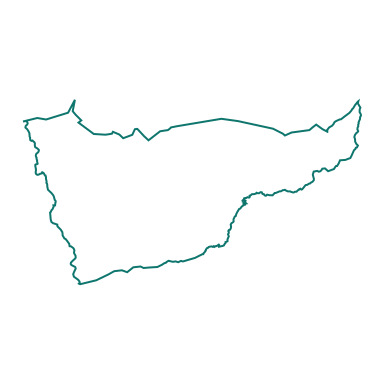 San Pablo Macuiltianguis, Oaxaca, Mexico (Robinson projection)
{"feature_id": "50627088B33728265994200", "entity_name": "San Pablo Macuiltianguis", "entity_type": "district", "adm_level": 2, "iso_a3": "MEX", "parent_name": "Mexico", "parent_adm1": "Oaxaca", "projection": "robinson", "projection_center": [-96.525, 17.517], "detail": "fine", "context": "isolated", "style": "outline", "palette": "teal", "viewbox_px": 384, "rotation_deg": 0, "n_neighbors": 0, "source": "geoboundaries", "source_scale": "gbopen_adm2", "svg_char_len": 5347}
<svg xmlns="http://www.w3.org/2000/svg" viewBox="0 0 384 384"><path d="M78.9,283.6L80.2,284.2L96.2,280.3L108.5,274.4L111.3,272.8L114.2,271.2L121.9,270.3L127.2,272.2L133.3,267.3L140.5,266.5L143.6,268.0L149.3,267.5L157.4,267.0L162.1,264.7L164.1,263.3L166.0,262.7L166.4,262.1L168.5,260.8L172.9,261.8L175.6,261.4L178.2,262.2L181.0,260.9L182.7,261.4L183.1,261.4L195.0,257.9L202.6,254.1L203.3,254.1L203.5,253.3L204.5,252.3L205.2,251.5L205.4,250.6L205.8,250.5L206.0,249.5L206.9,248.2L207.9,247.9L208.5,247.1L209.6,246.7L211.8,246.4L212.9,246.9L213.8,246.2L214.4,246.9L215.6,246.2L216.2,246.0L216.6,246.1L218.8,244.6L219.1,244.9L219.0,246.7L222.7,245.9L223.9,245.4L224.6,244.0L225.5,243.1L225.5,242.1L227.5,241.3L227.5,239.3L228.8,236.3L228.0,234.3L228.7,233.1L228.8,231.8L228.3,231.1L228.9,230.0L230.1,229.7L230.9,228.0L231.1,226.5L230.7,224.6L231.4,223.3L233.3,222.0L233.6,221.5L233.5,219.3L234.8,216.5L235.7,216.1L236.3,214.0L237.4,211.8L238.2,210.6L238.9,209.2L240.3,208.5L241.7,206.6L243.5,205.3L243.5,204.7L244.2,204.7L244.9,204.8L245.3,204.2L245.1,203.9L245.4,203.5L246.2,203.4L245.9,203.1L244.8,202.8L243.9,203.1L243.6,202.9L245.1,202.2L245.6,200.7L245.3,200.4L242.6,200.9L242.5,200.5L243.8,199.5L244.1,198.3L245.3,198.0L246.2,198.0L247.4,197.2L249.0,197.6L249.8,196.8L249.6,195.7L251.0,195.1L251.9,194.2L254.3,194.1L256.1,193.5L256.5,192.8L257.1,193.1L258.9,193.3L259.5,192.9L260.5,192.2L261.8,192.3L262.5,193.9L263.9,194.2L264.4,195.1L265.3,195.7L266.2,195.6L266.8,194.8L267.3,194.7L269.5,195.2L272.6,195.3L274.7,193.0L275.7,193.0L279.7,191.3L280.9,191.3L281.8,190.8L282.7,190.2L283.9,190.1L284.9,189.8L285.9,190.5L287.9,191.4L289.3,191.4L290.2,191.4L290.9,191.8L293.2,192.5L293.9,192.4L294.7,191.8L296.5,191.7L298.1,190.1L298.8,189.9L299.3,189.1L300.4,188.7L301.3,189.6L302.2,189.3L305.6,185.1L307.3,184.8L309.1,183.6L310.2,183.4L310.9,182.6L312.5,181.8L313.8,180.2L313.9,178.9L312.8,174.7L313.7,171.6L317.2,170.9L318.8,171.7L320.4,171.2L321.4,170.2L322.3,168.7L325.0,168.4L328.1,171.2L334.0,169.0L335.3,166.9L336.1,166.0L337.1,166.0L338.8,163.2L340.0,160.3L345.5,159.9L348.2,158.8L350.3,158.1L351.5,155.8L354.0,150.2L355.3,149.1L355.8,147.8L357.0,147.4L357.9,145.5L356.3,143.9L355.2,141.7L355.0,138.9L354.3,137.1L354.9,135.1L356.1,133.3L357.6,132.1L358.2,131.1L357.4,129.4L357.5,128.0L358.3,126.1L358.1,125.1L358.7,123.4L358.5,122.8L359.0,121.3L360.0,119.1L360.1,117.1L361.0,115.5L360.6,113.8L359.6,112.1L359.7,109.4L360.4,107.7L357.8,103.3L358.3,101.3L357.7,101.8L355.0,105.2L353.1,108.4L352.4,108.9L352.1,109.3L351.6,110.2L351.2,110.8L349.4,112.9L345.9,115.5L344.3,116.7L341.0,119.3L339.8,119.4L337.3,120.5L335.5,121.4L334.4,122.3L333.7,123.8L332.3,125.5L331.4,126.2L330.9,126.4L329.2,127.4L327.2,129.9L327.4,130.7L327.3,131.7L322.4,129.1L316.2,124.6L312.8,127.2L309.4,130.1L291.6,132.5L284.9,135.5L282.9,133.7L273.0,128.7L238.0,121.1L221.4,118.8L211.2,120.5L177.7,126.1L175.0,126.6L173.2,127.0L171.0,127.4L170.0,128.5L167.9,130.1L161.7,131.0L160.1,131.3L148.5,140.3L144.1,136.2L137.3,128.9L134.9,129.2L132.3,134.8L123.2,138.2L119.3,134.5L112.9,131.8L111.9,133.7L109.0,134.2L105.4,134.7L93.8,134.0L78.5,122.6L81.3,120.4L75.6,114.7L72.7,111.2L74.9,99.8L68.1,112.7L46.1,119.5L37.3,118.0L23.0,121.5L24.9,121.2L26.3,121.1L26.9,121.6L27.4,122.4L27.6,123.1L27.6,123.6L27.4,124.1L27.2,124.5L26.7,125.0L25.9,125.7L25.7,126.0L25.4,127.4L25.5,127.7L26.2,128.3L26.9,128.9L27.5,129.7L28.1,130.7L28.6,131.5L29.1,132.6L29.5,133.7L29.5,134.7L29.6,135.6L29.6,136.3L29.7,136.8L30.1,137.5L30.1,138.7L30.2,139.5L30.3,140.1L30.7,140.4L31.6,140.9L31.9,140.8L32.1,140.7L32.3,140.5L32.7,140.7L33.0,141.0L33.4,141.5L33.9,141.8L34.4,142.2L34.9,143.5L34.8,145.2L35.2,147.1L35.7,147.5L36.7,148.0L38.0,149.0L38.4,149.4L38.8,149.9L38.9,150.1L38.8,150.4L38.7,151.1L38.5,151.7L38.2,152.1L37.8,152.6L37.0,153.2L36.5,153.6L36.1,154.3L35.9,155.0L35.8,155.8L36.0,156.6L36.2,157.1L36.5,157.5L36.6,158.2L36.5,158.7L36.6,159.1L36.9,159.9L37.1,160.2L37.1,160.6L37.0,160.8L37.2,162.0L37.3,162.3L37.4,162.9L37.6,163.4L37.6,163.6L37.5,163.9L37.1,164.1L36.4,164.3L35.9,164.4L35.6,164.5L35.4,164.6L35.3,164.8L35.3,165.1L35.3,165.9L35.5,167.1L35.7,168.0L35.8,168.4L35.9,168.8L35.8,169.2L35.9,169.6L36.0,170.0L35.9,171.0L35.7,171.6L35.7,172.2L35.7,172.7L35.8,173.4L36.0,173.7L36.1,173.9L36.4,174.3L36.9,174.6L37.3,174.8L38.3,174.7L39.5,174.2L40.3,173.7L41.1,173.6L41.6,173.4L41.8,173.0L42.0,173.1L42.3,172.3L42.5,172.4L42.9,172.6L43.3,172.8L43.7,173.2L44.0,173.6L44.4,174.5L45.0,175.5L45.5,175.5L45.7,176.1L46.0,177.3L46.0,179.1L46.1,179.4L46.3,180.1L46.5,181.2L46.6,181.8L46.4,182.9L46.9,183.5L47.1,183.9L47.2,184.4L47.3,186.7L47.6,187.9L47.8,189.2L48.2,190.0L48.8,190.5L49.8,191.5L51.5,193.1L53.1,195.1L53.8,196.4L54.7,199.8L55.5,200.8L55.7,201.3L55.7,201.6L55.6,202.1L55.4,202.5L55.4,202.9L55.4,203.3L55.1,204.3L55.1,205.3L53.4,205.3L53.7,206.5L52.4,209.4L51.4,210.3L50.9,211.8L50.1,212.5L50.6,218.3L50.8,219.9L51.4,221.9L53.2,223.3L54.8,223.7L57.3,224.6L57.3,225.8L57.6,226.5L60.7,229.6L62.3,232.1L62.6,234.1L62.6,235.4L64.5,238.6L65.5,238.9L66.9,240.6L69.2,243.8L69.6,246.2L71.1,246.4L73.4,248.2L73.9,249.0L74.4,250.5L74.0,252.4L74.2,253.4L75.5,255.6L75.7,257.5L75.3,258.4L73.2,260.3L71.0,262.5L70.7,263.9L71.4,265.0L73.5,266.1L75.2,267.0L75.7,268.6L74.0,272.1L73.2,274.2L73.9,276.7L78.2,279.8L79.5,281.5L79.7,282.7L78.9,283.6Z" fill="none" stroke="#0f766e" stroke-width="2"/></svg>